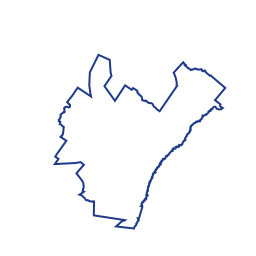 outline of Nuevo Casas Grandes, Chihuahua, Mexico, rotated 215°
{"feature_id": "50627088B65630298438261", "entity_name": "Nuevo Casas Grandes", "entity_type": "district", "adm_level": 2, "iso_a3": "MEX", "parent_name": "Mexico", "parent_adm1": "Chihuahua", "projection": "albers", "projection_center": [-107.777, 30.506], "detail": "fine", "context": "isolated", "style": "outline", "palette": "blue", "viewbox_px": 256, "rotation_deg": 215, "n_neighbors": 0, "source": "geoboundaries", "source_scale": "gbopen_adm2", "svg_char_len": 5611}
<svg xmlns="http://www.w3.org/2000/svg" viewBox="0 0 256 256"><g transform="rotate(215 128 128)"><path d="M71.3,216.6L89.3,218.3L90.1,218.6L91.0,217.7L91.9,218.0L94.0,218.0L96.4,218.3L97.4,219.1L98.1,219.2L98.5,218.4L98.9,218.0L98.9,217.6L99.6,217.3L99.9,217.6L100.6,217.7L101.4,218.4L101.8,218.2L102.0,217.6L102.4,217.4L103.3,216.5L104.2,216.3L105.4,215.5L105.7,215.6L106.1,215.4L106.4,215.5L107.1,215.2L107.4,214.6L107.8,214.3L108.3,213.1L108.9,212.8L108.9,212.6L109.3,212.3L109.4,212.0L110.0,211.4L110.8,211.8L112.1,211.6L113.0,211.7L113.8,211.4L114.4,211.7L115.2,211.8L116.2,212.3L116.5,212.1L116.6,212.3L116.8,212.2L116.9,212.4L117.1,212.3L117.1,212.5L117.3,212.4L117.4,212.6L118.2,212.5L118.5,212.7L118.7,213.1L120.5,213.5L122.3,199.5L117.9,196.7L113.9,192.9L112.7,190.8L112.0,190.8L111.7,159.9L114.6,159.8L116.9,160.4L119.2,160.4L121.3,161.6L122.0,161.8L122.7,161.8L123.5,161.6L124.6,160.8L125.8,160.3L126.3,160.5L127.7,160.4L128.4,160.8L129.1,160.7L129.5,160.3L129.7,159.7L130.3,159.7L132.2,158.9L134.2,161.1L135.6,161.6L136.7,161.6L137.1,161.8L137.8,161.7L139.3,162.3L140.5,162.3L141.2,163.4L141.5,163.7L141.9,163.6L142.2,163.8L146.7,163.6L146.9,163.4L146.9,161.4L154.8,161.3L154.3,142.8L171.3,148.8L171.4,161.2L174.1,163.5L182.0,173.3L194.1,171.0L191.2,151.8L184.4,141.0L179.0,135.1L176.3,132.6L192.3,132.2L192.2,122.8L192.7,114.2L190.8,114.0L190.2,113.7L189.8,113.9L188.7,113.6L187.8,112.1L188.2,110.9L190.3,110.4L190.6,110.2L191.1,109.6L191.5,109.0L191.3,108.4L191.7,107.9L191.7,107.6L190.3,106.1L190.0,105.9L189.8,105.4L189.1,104.8L189.3,103.9L189.5,103.7L190.0,103.7L190.2,102.5L190.6,101.5L190.6,101.0L190.9,100.3L190.6,99.7L190.2,99.6L190.0,99.4L189.7,98.5L189.4,98.3L189.3,97.8L189.5,97.3L189.1,96.2L189.2,95.4L189.1,95.2L189.3,94.9L188.9,94.6L188.6,93.9L187.9,94.0L187.2,94.3L186.9,94.2L186.7,93.1L186.2,92.2L186.0,92.4L185.3,92.4L181.9,91.9L181.5,92.1L181.0,91.8L180.2,90.0L179.9,89.5L179.6,89.3L178.6,87.0L178.2,86.7L177.8,85.5L177.9,85.3L177.7,85.0L177.8,84.5L177.6,83.9L177.8,83.7L178.1,82.7L178.2,82.0L171.2,82.2L171.3,65.0L171.1,62.8L167.2,62.8L167.2,56.5L151.2,69.0L147.2,72.9L143.0,72.5L143.9,65.0L144.2,61.3L135.9,58.7L135.1,58.4L133.2,57.3L132.6,56.8L132.0,56.0L130.7,54.7L130.4,53.9L130.0,53.2L129.8,52.1L129.1,51.1L129.1,50.5L127.5,50.6L129.5,45.5L127.1,46.3L126.4,46.2L125.7,45.9L124.3,45.9L123.5,45.7L123.1,45.7L121.9,45.0L120.7,44.9L120.0,45.2L119.7,45.8L117.3,46.0L116.8,46.4L115.1,47.1L114.8,47.5L114.5,47.5L114.4,47.9L113.7,48.4L105.9,36.8L77.6,50.8L77.8,50.1L79.0,49.1L79.4,48.5L81.3,40.5L65.5,49.1L66.0,50.8L65.6,53.4L66.0,53.7L66.4,54.5L66.1,55.1L66.1,55.5L66.6,56.6L66.2,57.7L66.2,58.5L66.6,58.8L67.3,58.8L67.7,59.3L67.6,59.8L68.1,59.9L67.3,60.6L70.7,70.8L70.7,71.1L71.5,71.6L72.6,71.4L72.5,71.8L72.0,72.3L71.8,72.6L72.2,72.9L72.8,72.9L73.2,73.6L73.5,73.8L73.4,74.6L73.8,75.1L73.8,75.5L73.6,75.8L73.1,75.8L73.0,76.7L73.5,77.1L73.5,77.3L72.9,77.5L72.7,77.8L72.8,78.0L72.8,78.4L73.3,78.9L73.4,79.4L73.1,79.8L72.5,79.8L72.3,80.1L72.8,80.9L73.3,81.0L73.2,82.0L73.5,82.7L73.2,83.7L74.4,83.6L74.2,84.6L75.0,84.7L76.2,87.7L75.7,87.8L76.0,88.2L76.2,88.4L76.3,88.6L76.2,89.0L76.5,89.4L77.1,89.8L77.3,90.1L77.4,91.9L78.1,92.1L77.9,93.4L78.3,93.8L78.3,94.6L78.8,94.6L79.1,95.0L79.0,95.3L79.1,95.8L79.3,96.2L78.9,96.2L79.0,97.8L79.7,98.9L79.6,99.3L79.4,99.5L79.5,100.1L79.7,100.5L79.5,101.2L79.6,101.7L80.4,101.7L80.4,103.3L80.5,103.7L81.2,104.4L81.3,105.0L80.9,105.3L80.7,105.8L80.1,106.6L80.0,107.1L80.7,107.0L81.2,107.1L81.2,107.5L81.0,108.1L81.2,108.8L80.9,108.8L80.8,109.2L81.0,109.6L81.3,109.6L81.4,110.2L81.3,110.4L81.1,110.4L81.0,110.9L81.3,111.7L81.3,112.1L81.1,112.1L81.3,113.0L81.1,113.4L80.6,113.4L80.6,114.2L80.6,114.5L80.9,114.5L81.1,115.5L80.9,115.6L80.5,116.3L80.3,116.9L80.6,117.2L81.5,117.3L81.6,117.6L81.6,118.0L80.8,118.2L81.0,118.8L81.2,119.4L81.5,119.6L81.4,119.8L81.7,120.5L81.0,121.2L81.6,122.6L80.5,123.1L80.4,123.4L80.6,123.8L80.0,124.3L80.3,125.2L80.7,126.7L80.5,126.9L79.9,127.0L79.7,127.3L79.8,127.7L80.1,127.9L80.2,128.1L79.7,128.6L79.6,129.0L79.3,129.4L79.6,130.5L79.5,131.4L79.2,132.1L79.4,133.0L79.0,134.4L78.8,134.6L78.3,134.6L78.2,134.8L78.6,135.5L79.3,135.9L79.4,136.2L79.2,137.4L78.7,137.5L78.4,137.3L77.8,137.8L77.3,138.5L78.1,139.6L77.7,140.0L77.4,140.0L76.9,140.3L76.9,140.5L77.2,140.8L77.2,141.2L76.9,141.4L75.8,141.5L75.6,141.6L75.6,142.0L76.4,143.2L76.4,143.5L75.9,143.8L74.6,144.2L74.7,145.1L74.2,145.7L74.2,146.0L74.7,146.8L74.8,147.8L74.7,148.9L75.0,149.4L74.9,149.7L74.4,150.0L74.0,150.9L74.3,151.4L74.9,151.5L75.3,151.9L75.4,153.0L75.2,153.4L75.5,154.2L75.5,154.7L75.3,155.1L75.3,155.5L75.9,156.4L75.8,157.3L75.3,157.8L75.5,158.8L75.3,159.1L75.1,159.2L75.0,159.6L75.2,160.6L75.9,161.0L75.9,161.3L75.5,161.6L75.4,162.1L75.7,162.6L76.5,162.9L76.7,163.4L76.6,163.8L77.2,164.2L77.4,164.7L77.1,165.4L77.6,165.8L77.4,167.0L76.9,167.5L76.9,168.2L76.8,168.7L76.9,169.4L76.6,170.0L76.1,170.2L75.7,170.9L75.9,171.7L75.7,172.1L75.7,172.5L74.6,172.9L74.6,173.6L74.1,174.6L73.4,174.3L72.9,174.7L72.9,175.2L73.1,175.7L73.0,176.1L73.4,176.7L72.9,177.9L73.2,178.7L73.1,179.7L73.5,179.9L74.1,181.0L73.4,181.2L72.7,181.7L72.5,182.7L71.8,183.4L72.1,183.6L72.0,183.8L71.4,184.2L71.5,184.8L71.0,186.3L70.9,186.9L71.0,187.2L71.5,187.5L71.5,188.0L71.3,188.4L70.8,188.6L70.6,189.0L70.2,189.3L70.1,189.5L70.2,189.9L70.6,190.0L71.0,190.4L70.8,190.9L70.5,190.8L70.3,190.9L69.9,191.8L69.8,192.0L70.1,192.9L69.9,194.2L69.5,195.0L69.2,195.2L68.7,195.4L68.1,195.3L66.4,194.7L63.8,195.5L63.0,196.4L62.3,196.9L61.9,198.8L63.5,198.4L63.7,198.6L64.4,198.6L65.1,198.8L65.6,199.4L65.8,200.4L72.7,200.7L71.3,216.6Z" fill="none" stroke="#1e3a8a" stroke-width="2"/></g></svg>